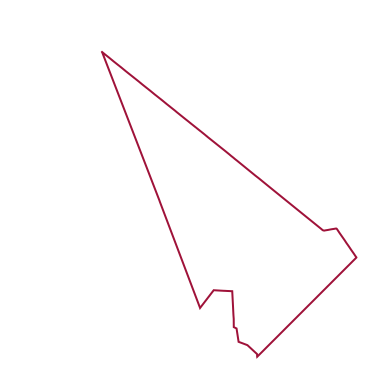 Hodh ech Chargui, Mercator projection, rotated 315°
{"feature_id": "MRT-2796", "entity_name": "Hodh ech Chargui", "entity_type": "Region", "adm_level": 1, "iso_a3": "MRT", "parent_name": "Mauritania", "parent_adm1": "", "projection": "mercator", "projection_center": [-6.332, 19.309], "detail": "fine", "context": "isolated", "style": "outline", "palette": "rose", "viewbox_px": 384, "rotation_deg": 315, "n_neighbors": 0, "source": "natural_earth", "source_scale": "10m", "svg_char_len": 1829}
<svg xmlns="http://www.w3.org/2000/svg" viewBox="0 0 384 384"><g transform="rotate(315 192 192)"><path d="M227.4,29.4L227.8,33.5L228.4,38.7L228.9,44.0L229.5,49.3L230.1,54.5L230.6,59.8L231.2,65.0L231.8,70.3L232.4,75.5L232.9,80.7L233.5,86.0L234.1,91.2L234.6,96.4L235.2,101.6L235.8,106.8L236.3,112.0L236.9,117.2L237.5,122.4L237.7,124.9L238.3,130.5L238.9,136.0L239.2,138.5L239.7,143.2L240.3,148.5L240.9,153.9L241.5,159.2L242.0,164.6L242.6,169.9L243.2,175.3L243.8,180.6L244.4,185.9L245.0,191.8L245.2,194.3L245.5,196.8L245.7,199.3L246.0,201.7L246.4,205.7L246.8,209.6L247.2,213.6L247.6,217.5L248.0,221.4L248.4,225.4L248.9,229.3L249.3,233.2L249.7,237.2L250.1,241.1L250.5,245.0L250.9,248.9L251.3,252.7L251.7,256.5L252.1,260.4L252.5,264.2L252.9,268.0L253.3,271.8L253.7,275.6L254.1,279.4L254.5,283.2L254.9,287.0L255.3,290.8L255.7,294.5L256.1,298.3L256.5,302.1L256.9,305.9L257.3,309.7L257.4,311.4L257.8,312.1L258.1,312.7L259.7,313.8L261.2,314.9L263.0,316.1L264.6,317.2L266.2,318.4L267.8,319.5L268.0,319.7L268.2,319.9L268.3,320.2L268.3,320.4L268.1,321.7L267.3,325.6L266.6,329.6L265.9,333.6L265.1,337.5L264.4,341.6L263.6,345.6L262.9,349.7L262.1,353.7L262.1,353.9L262.1,354.1L262.0,354.3L262.0,354.5L261.9,354.6L255.4,354.6L250.0,354.6L247.5,354.6L244.8,354.6L241.9,354.6L238.8,354.6L233.4,354.6L229.4,354.6L227.6,354.6L221.6,354.6L215.2,354.6L208.7,354.6L201.9,354.6L195.1,354.6L188.2,354.6L181.3,354.6L174.5,354.6L167.8,354.6L161.2,354.6L154.8,354.6L148.8,354.6L143.0,354.6L137.6,354.6L134.2,354.6L131.0,354.6L128.0,354.6L125.3,354.6L121.6,354.6L121.9,354.2L123.4,352.7L122.9,339.5L120.7,334.6L119.0,330.9L127.0,320.0L126.0,317.1L131.8,311.2L134.3,308.3L141.1,300.8L150.3,290.6L143.4,283.0L137.9,276.8L115.7,279.7L115.8,279.5L162.4,176.1L163.0,174.9L227.1,30.1L227.3,29.4L227.4,29.4Z" fill="none" stroke="#9f1239" stroke-width="2"/></g></svg>